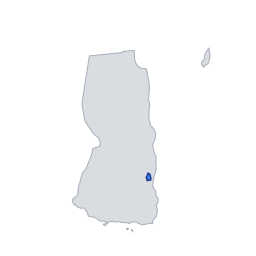 Al Wadi', Abyan, Yemen (highlighted), rotated 287°
{"feature_id": "15242507B19618049480108", "entity_name": "Al Wadi'", "entity_type": "district", "adm_level": 2, "iso_a3": "YEM", "parent_name": "Yemen", "parent_adm1": "Abyan", "projection": "mercator", "projection_center": [46.038, 13.695], "detail": "fine", "context": "in_parent", "style": "filled", "palette": "blue", "viewbox_px": 256, "rotation_deg": 287, "n_neighbors": 0, "source": "geoboundaries", "source_scale": "gbopen_adm2", "svg_char_len": 3272}
<svg xmlns="http://www.w3.org/2000/svg" viewBox="0 0 256 256"><g transform="rotate(287 128 128)"><path d="M204.2,111.2L195.8,114.3L193.5,115.7L191.5,117.4L190.0,119.5L189.0,123.3L189.8,126.7L189.7,128.5L187.5,129.7L185.5,130.6L183.2,131.9L181.8,132.2L180.7,133.3L179.4,134.0L174.7,136.0L169.6,137.4L161.4,139.2L158.3,141.1L155.4,142.5L151.0,142.9L145.0,144.7L141.7,146.1L137.6,148.5L136.7,149.3L135.9,151.0L134.7,152.5L132.2,155.0L130.3,156.3L129.1,156.4L126.6,157.1L123.8,157.2L119.0,156.3L117.7,156.9L116.7,157.9L113.0,159.6L109.2,163.0L106.5,163.9L102.0,165.0L98.9,166.4L96.8,166.9L94.1,167.2L89.1,167.1L84.3,167.6L79.9,168.5L77.9,170.3L75.5,173.2L71.7,174.4L70.8,175.4L69.6,177.5L67.1,178.1L64.9,178.4L62.6,177.5L58.2,180.0L56.6,180.5L54.1,180.6L52.3,181.1L51.1,180.9L49.5,179.9L46.1,178.7L43.7,179.5L43.4,177.1L39.4,169.8L40.2,163.4L40.2,162.5L39.4,159.6L37.0,157.0L37.1,153.6L36.2,151.3L35.6,148.8L35.8,148.2L35.9,147.6L34.6,143.8L34.2,143.0L34.0,142.2L34.5,141.6L34.4,140.9L33.8,139.8L33.1,137.6L29.8,135.8L30.4,134.2L31.1,134.8L32.0,135.3L32.1,134.2L32.2,133.4L30.8,128.5L32.8,122.0L32.1,116.0L35.3,113.7L36.1,112.9L36.5,112.3L37.3,110.9L38.3,110.5L38.6,109.1L38.6,108.4L37.9,107.8L37.4,106.1L37.6,104.0L37.8,103.1L38.1,101.5L39.2,100.9L39.5,100.4L38.6,99.4L38.7,98.8L40.6,97.1L41.3,96.6L42.5,96.0L43.4,96.0L44.5,96.3L45.5,96.8L46.4,97.7L47.4,98.7L49.0,99.1L50.0,99.0L50.8,99.4L51.6,99.2L52.4,98.6L53.7,98.7L54.8,98.1L58.2,97.8L61.4,98.0L64.7,97.5L68.1,97.6L71.4,97.6L72.2,97.7L72.9,98.0L75.8,99.5L77.9,99.8L82.2,100.2L86.9,100.6L90.9,101.0L94.3,100.7L97.1,100.4L97.9,100.4L98.7,101.4L100.4,103.7L102.0,105.9L104.8,106.0L106.6,105.2L108.6,104.0L109.8,103.1L111.2,99.5L112.1,97.2L114.2,94.6L115.9,92.4L118.2,89.5L119.5,87.9L122.0,84.8L124.4,83.5L129.1,81.2L133.6,78.8L136.6,77.3L139.1,76.6L143.3,76.0L148.3,75.3L153.2,74.6L158.5,73.8L164.4,73.0L168.5,72.4L173.6,71.7L177.9,71.1L181.7,70.5L185.7,70.0L186.4,71.7L187.1,73.5L187.9,75.3L188.6,77.0L189.4,78.8L190.1,80.5L190.8,82.3L191.6,84.1L192.3,85.8L193.1,87.6L193.8,89.3L194.6,91.1L195.3,92.9L196.0,94.6L196.8,96.4L197.5,98.1L198.2,99.8L199.4,100.4L200.1,102.0L201.2,104.3L202.2,106.6L203.2,108.9L204.2,111.2ZM215.5,180.6L216.6,180.8L218.1,180.2L222.6,180.1L228.0,182.0L227.0,182.5L226.4,183.2L224.0,183.8L221.7,185.3L214.8,186.0L212.8,185.6L211.1,184.2L208.1,182.4L209.3,181.2L209.5,180.6L210.0,180.1L211.7,179.2L213.4,179.4L215.5,180.6ZM31.9,157.6L31.7,158.0L31.4,157.9L30.4,157.0L31.5,156.0L32.1,156.9L31.9,157.6ZM28.6,134.6L28.1,135.0L28.0,134.3L28.3,132.8L28.8,132.4L29.2,133.5L29.0,134.1L28.6,134.6ZM31.4,162.3L30.3,162.8L31.1,161.4L31.8,161.1L32.1,161.2L31.4,162.3Z" fill="#d9dde1" stroke="#a8b0b8" stroke-width="1"/><path d="M90.4,161.8L90.6,160.7L90.6,160.2L90.4,160.2L88.7,160.3L88.4,160.3L88.2,160.3L88.0,160.2L87.9,160.2L87.7,160.2L87.4,160.2L87.2,160.1L86.9,160.1L86.7,160.1L86.4,160.0L86.3,159.9L86.2,159.9L86.1,160.0L85.9,160.1L85.7,160.2L85.6,160.3L85.4,160.4L85.4,160.5L85.2,160.6L85.1,160.8L84.9,161.0L84.7,161.0L84.4,161.2L84.3,161.3L84.2,161.3L83.9,161.4L83.8,161.5L83.7,161.5L83.4,161.7L83.3,161.8L83.3,162.0L83.5,162.3L84.1,163.2L84.2,163.5L84.6,164.3L85.0,164.9L86.3,164.6L87.2,164.2L89.8,162.8L90.1,162.4L90.3,162.0L90.4,161.8Z" fill="#3b82f6" stroke="#1e3a8a" stroke-width="1.5"/></g></svg>